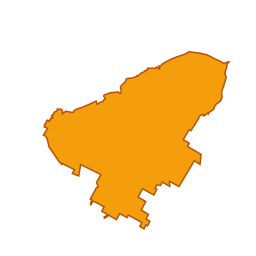 Ardud, Satu Mare, Romania, rotated 287°
{"feature_id": "2599482B58089407628141", "entity_name": "Ardud", "entity_type": "district", "adm_level": 2, "iso_a3": "ROU", "parent_name": "Romania", "parent_adm1": "Satu Mare", "projection": "natural_earth1", "projection_center": [22.905, 47.656], "detail": "fine", "context": "isolated", "style": "filled", "palette": "amber", "viewbox_px": 256, "rotation_deg": 287, "n_neighbors": 0, "source": "geoboundaries", "source_scale": "gbopen_adm2", "svg_char_len": 5746}
<svg xmlns="http://www.w3.org/2000/svg" viewBox="0 0 256 256"><g transform="rotate(287 128 128)"><path d="M170.9,203.9L171.2,204.4L171.5,204.5L171.9,204.4L172.5,204.5L172.9,204.3L173.2,204.4L173.9,204.3L174.3,204.5L174.7,204.8L175.1,205.0L176.8,205.4L178.0,206.4L178.6,206.9L180.4,208.3L180.8,208.5L181.5,208.7L182.3,208.9L184.3,208.8L185.3,208.7L185.8,208.6L189.1,207.2L190.1,206.9L194.5,207.1L195.0,207.2L203.5,207.1L204.3,207.0L205.1,207.1L205.4,207.1L206.9,205.7L207.4,205.4L207.8,205.1L208.2,205.0L208.7,205.0L209.0,204.9L209.2,204.7L209.9,204.6L210.6,204.6L210.9,204.6L211.4,204.5L212.3,204.5L212.5,204.6L212.9,204.6L213.2,204.7L213.6,204.7L214.3,204.7L214.7,204.7L215.4,204.4L215.9,204.5L216.0,204.4L216.2,204.2L216.6,204.2L217.1,204.0L217.4,204.0L218.0,204.3L218.3,204.3L220.5,205.3L220.8,205.3L220.2,204.0L220.0,203.8L219.7,203.3L219.0,202.6L218.8,202.3L218.6,202.1L218.6,201.8L218.0,200.9L217.9,200.6L217.9,200.2L218.0,199.7L218.3,198.7L218.5,198.0L218.7,197.7L218.9,195.7L219.0,195.0L219.1,194.0L219.2,193.2L219.3,193.1L219.2,192.7L219.4,191.9L219.5,190.5L219.5,190.3L219.5,190.2L219.6,189.9L219.7,189.2L219.8,189.0L219.9,188.6L220.4,186.4L220.6,185.0L220.7,184.8L220.8,184.7L220.8,184.0L220.8,183.5L220.8,183.3L221.1,182.4L221.0,182.1L221.0,181.1L221.0,180.1L221.0,179.5L221.0,179.4L220.6,178.4L220.5,177.6L220.5,177.1L220.9,177.0L220.7,175.6L220.7,175.1L220.3,173.5L220.3,172.8L220.1,172.1L219.9,170.7L219.6,169.0L219.5,168.5L218.8,164.1L217.9,163.3L215.7,161.4L211.7,155.9L211.4,155.5L210.6,154.2L210.1,153.6L209.2,152.6L208.9,152.2L209.0,152.1L208.7,151.7L208.0,151.2L207.2,150.0L206.7,149.5L205.6,148.2L204.8,147.5L203.1,145.7L202.3,144.9L202.2,144.9L201.9,144.4L201.3,143.9L200.9,143.5L200.2,143.2L199.7,142.8L199.1,142.0L198.9,141.7L198.7,141.7L197.9,141.5L196.9,141.0L196.6,140.7L196.3,139.7L196.3,139.4L195.9,139.7L195.6,140.1L195.2,140.4L195.0,140.6L194.7,140.7L194.3,140.8L193.7,140.7L193.7,140.4L193.6,140.0L193.7,139.9L194.2,139.1L194.4,138.7L194.7,138.0L194.8,137.8L194.7,137.6L194.6,137.3L194.3,137.1L193.9,137.1L193.5,137.1L193.3,137.0L193.1,136.9L192.8,136.4L192.7,135.9L192.6,135.7L192.6,135.4L192.7,135.2L192.7,134.9L192.1,132.9L191.7,131.8L191.3,131.3L190.9,130.4L191.1,130.0L191.1,129.4L190.9,129.2L189.7,129.4L189.3,129.4L189.2,129.0L189.0,128.8L188.4,128.5L188.1,128.2L187.5,127.6L187.3,127.0L187.2,127.0L186.7,127.3L185.3,125.5L184.3,124.5L183.1,123.6L181.4,122.8L180.9,122.3L180.7,122.0L180.7,121.6L180.5,121.4L180.5,121.1L180.4,121.1L180.2,121.2L179.9,121.0L179.4,120.5L178.1,118.8L177.7,118.2L177.4,117.9L177.1,117.7L176.7,116.9L175.8,114.3L175.5,113.6L175.5,113.4L175.4,113.2L175.0,112.7L174.5,112.1L174.2,112.0L173.7,112.0L172.3,112.0L171.4,111.7L169.6,110.9L168.8,110.5L167.3,109.6L165.7,108.8L165.5,108.7L165.3,108.7L161.2,110.8L160.6,110.9L160.0,110.7L158.8,110.6L158.6,110.4L158.6,110.2L159.5,108.3L159.6,107.9L159.6,107.6L159.0,106.8L158.6,106.1L158.1,104.4L157.5,103.0L157.2,102.6L156.4,100.5L156.3,100.3L155.7,99.6L154.3,98.1L154.0,97.8L153.9,97.7L153.6,97.0L153.4,96.4L153.2,96.1L152.2,95.5L151.9,95.4L151.6,95.4L150.8,96.0L149.6,97.5L148.6,98.4L148.9,98.1L149.0,97.8L149.1,97.6L148.7,97.4L147.9,96.7L147.7,96.6L146.2,96.4L144.3,93.8L141.6,91.5L144.4,89.7L139.0,83.6L134.2,77.9L133.3,76.6L133.0,76.0L130.9,73.3L128.9,71.3L126.8,70.9L126.7,70.6L126.7,70.4L126.2,67.1L126.2,66.6L125.8,63.5L125.3,63.3L122.4,61.0L124.6,60.7L126.0,59.4L126.4,58.5L126.1,57.2L125.3,54.8L124.5,55.6L123.3,54.6L122.1,53.5L121.9,53.3L121.8,53.0L121.4,53.0L121.2,52.9L120.9,52.7L120.5,52.5L120.3,52.5L119.8,52.8L119.4,52.9L119.2,52.8L118.9,52.5L118.5,51.8L118.4,51.7L117.2,51.4L116.7,51.4L116.4,51.6L116.3,52.0L116.4,52.6L116.4,52.8L116.2,53.0L115.6,53.2L115.3,53.2L115.2,53.2L115.0,52.8L114.9,52.5L114.9,52.1L114.6,51.4L114.5,51.2L114.4,51.2L113.9,51.3L113.3,50.8L113.0,50.9L112.1,51.1L111.8,51.0L111.6,50.9L111.5,50.7L111.7,50.3L111.6,50.1L111.5,49.8L111.5,49.7L111.8,49.3L111.9,49.0L112.0,48.7L111.9,48.5L111.7,48.4L111.3,48.3L110.7,47.9L110.2,47.9L109.9,48.0L109.3,48.2L109.0,48.2L108.0,47.8L107.6,47.5L107.3,47.2L107.1,47.1L106.9,47.2L106.4,47.4L106.0,47.5L105.1,47.4L104.9,47.5L104.4,47.8L104.5,48.4L104.2,51.1L96.4,49.2L95.9,52.0L93.5,54.0L90.8,55.8L87.5,57.5L87.3,57.5L76.8,70.5L75.8,71.8L75.6,72.1L75.1,73.3L73.8,75.2L74.8,75.4L72.5,88.9L68.3,88.1L67.7,94.9L79.2,93.4L77.3,104.7L77.1,106.6L75.5,115.7L66.7,113.8L63.7,116.2L63.3,116.6L62.8,116.6L62.4,116.5L62.3,116.3L62.1,115.9L62.1,115.4L49.1,112.7L49.2,114.1L45.1,114.4L43.7,114.7L43.7,115.0L47.8,115.8L47.3,119.9L47.3,120.1L45.6,128.2L40.8,127.2L39.1,134.3L35.9,131.2L34.9,131.8L36.5,133.4L37.4,134.1L37.8,134.4L38.8,135.0L38.9,135.4L37.9,140.1L37.0,143.7L43.8,145.1L42.0,153.3L44.8,153.8L43.1,162.4L41.6,168.8L37.3,168.1L36.8,170.3L36.7,170.7L36.2,172.8L40.6,173.5L40.2,175.3L45.2,176.1L46.2,171.9L51.3,172.8L52.1,169.3L52.3,169.4L53.3,164.6L62.3,166.4L62.9,166.5L64.8,157.9L74.2,159.7L72.6,166.9L71.5,172.4L77.8,173.5L78.2,171.6L82.3,172.3L82.4,176.0L85.3,176.4L86.2,176.6L86.3,176.7L84.7,183.3L84.4,185.0L89.2,183.2L88.5,186.5L88.4,187.4L87.6,190.5L87.1,193.9L96.6,196.2L105.4,198.4L116.1,201.0L114.2,207.5L124.2,205.6L124.2,205.3L124.6,203.5L127.7,190.4L130.1,190.8L130.1,190.7L131.4,190.9L132.9,184.3L141.1,186.1L144.5,187.0L143.8,188.9L144.3,189.0L145.0,189.3L146.8,189.7L148.3,190.2L151.6,191.1L152.0,191.1L153.1,191.5L157.0,192.6L158.0,192.6L160.3,193.0L160.8,193.1L161.5,193.9L161.6,194.0L161.8,194.2L162.2,194.5L162.8,195.3L162.9,195.5L162.7,195.9L161.8,196.6L161.6,196.7L161.8,197.0L162.2,197.5L162.5,197.9L163.9,198.6L165.2,199.3L165.4,199.7L165.5,199.8L165.4,199.9L165.1,199.7L165.0,199.8L164.7,200.6L166.0,200.7L166.3,200.8L167.4,201.7L169.8,203.6L170.3,203.8L170.8,203.9L170.9,203.9Z" fill="#f59e0b" stroke="#b45309" stroke-width="1.5"/></g></svg>